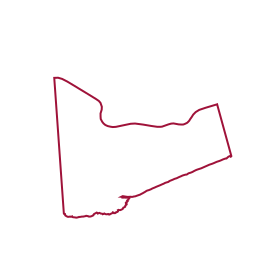 the district of Ulimang, Ngaraard, Palau, rotated 68°
{"feature_id": "81905179B13988178862867", "entity_name": "Ulimang", "entity_type": "district", "adm_level": 2, "iso_a3": "PLW", "parent_name": "Palau", "parent_adm1": "Ngaraard", "projection": "equal_earth", "projection_center": [134.641, 7.614], "detail": "fine", "context": "isolated", "style": "outline", "palette": "rose", "viewbox_px": 256, "rotation_deg": 68, "n_neighbors": 0, "source": "geoboundaries", "source_scale": "gbopen_adm2", "svg_char_len": 3428}
<svg xmlns="http://www.w3.org/2000/svg" viewBox="0 0 256 256"><g transform="rotate(68 128 128)"><path d="M180.0,41.2L139.4,36.5L139.4,36.9L138.3,48.5L137.9,55.2L138.6,59.3L140.0,62.5L141.8,65.0L143.2,67.2L144.2,68.5L145.3,71.0L145.5,73.0L145.5,75.3L144.8,77.2L143.6,79.7L140.8,84.1L140.1,86.4L139.8,89.1L139.5,95.9L139.0,97.6L137.7,100.7L134.8,105.7L130.5,112.7L126.5,119.8L125.1,123.9L124.0,129.9L122.4,138.8L121.4,141.8L120.2,143.8L118.6,146.1L116.7,147.9L114.6,149.0L112.5,149.6L109.4,149.9L107.0,149.1L104.2,148.0L101.1,145.5L98.5,144.3L94.4,144.1L92.0,144.9L89.3,146.7L79.0,154.3L62.2,166.9L57.8,170.7L55.2,174.0L53.9,177.6L183.2,219.5L183.5,219.5L183.7,219.4L183.7,219.1L183.9,218.8L184.1,218.9L184.3,218.8L184.6,218.7L184.9,218.9L185.6,218.9L186.0,218.6L186.3,218.4L186.6,218.2L186.9,217.9L187.2,217.7L187.5,217.4L187.7,217.2L187.9,216.8L188.1,216.4L188.2,216.0L188.3,215.5L188.4,214.9L188.7,214.7L188.9,214.2L189.0,213.2L189.2,213.3L189.5,213.1L189.8,212.8L190.2,212.2L190.6,211.5L191.0,210.7L191.4,210.1L191.8,209.4L191.9,208.9L192.0,208.5L192.0,208.0L192.1,207.8L192.1,207.5L192.1,206.8L192.3,206.6L192.4,205.8L192.6,205.4L192.7,204.8L192.8,204.3L192.9,203.8L193.2,203.2L193.3,202.7L193.5,202.3L193.5,201.9L193.6,201.4L193.7,200.9L193.8,200.4L193.7,199.9L193.8,199.6L194.0,199.2L194.4,198.9L194.5,198.5L194.7,198.1L194.9,198.0L195.3,197.7L195.5,197.2L195.8,196.7L196.0,196.0L196.1,195.0L196.1,194.4L196.0,193.4L195.8,193.0L195.9,192.8L195.7,192.6L195.5,192.2L195.3,192.1L195.1,191.8L195.0,191.3L194.9,190.3L194.9,189.8L194.8,189.5L194.7,188.9L194.9,188.8L195.1,188.3L195.4,188.2L195.7,187.8L195.9,187.8L195.8,187.6L195.9,187.2L196.0,186.3L197.2,185.2L197.7,184.2L198.2,183.7L198.4,183.7L198.4,182.4L198.6,182.4L198.6,181.8L198.9,181.6L199.6,180.9L200.0,180.1L200.2,179.3L200.3,178.6L200.8,178.0L201.0,178.1L201.3,177.6L201.3,177.1L201.1,176.6L201.1,175.8L201.1,175.0L201.0,174.4L200.8,174.0L200.5,173.7L200.9,173.2L201.1,173.3L201.6,173.1L201.8,172.6L202.1,171.9L202.0,171.4L201.9,170.8L201.6,170.5L201.8,169.6L201.7,168.8L201.4,168.4L201.0,168.0L200.4,168.1L200.3,167.6L200.6,167.3L201.3,165.6L201.2,165.0L201.2,164.2L201.0,163.1L200.1,162.2L200.1,160.6L199.9,160.1L199.3,159.9L199.1,159.4L198.7,159.1L198.4,157.9L197.4,157.6L197.4,158.2L196.6,158.1L196.2,157.4L196.1,156.5L195.8,155.8L194.9,155.9L194.6,154.5L194.2,154.4L193.5,152.9L192.7,152.9L192.1,155.0L191.9,155.9L191.3,157.0L190.4,159.4L189.6,159.3L189.3,159.9L189.2,158.4L190.3,156.6L191.5,154.6L192.3,152.8L192.5,151.8L193.3,150.3L193.6,149.3L193.7,148.2L194.0,147.2L194.1,146.4L194.1,145.4L194.2,143.5L194.3,141.8L194.1,140.3L194.0,138.8L193.8,137.5L193.6,136.0L193.3,134.7L193.2,133.7L193.4,132.0L193.4,129.7L193.2,128.1L193.2,125.5L193.1,123.9L193.1,122.0L193.1,119.7L193.0,117.4L193.0,115.8L192.8,114.2L192.9,112.6L193.0,111.9L193.1,110.6L192.7,109.6L192.7,108.3L192.7,105.7L192.6,103.9L192.8,101.7L192.7,100.2L192.6,98.7L192.6,97.0L192.5,95.4L192.6,93.8L192.8,92.1L193.1,91.2L193.1,90.4L192.8,89.5L192.7,88.4L192.9,86.8L192.9,84.7L192.7,83.3L192.5,81.0L192.5,79.5L192.6,77.9L192.8,75.2L192.7,72.2L192.6,69.0L192.5,66.2L192.7,63.3L192.7,61.7L192.6,58.4L192.8,55.6L192.8,53.7L192.7,51.6L192.8,49.5L192.8,49.0L193.1,48.5L193.1,47.8L192.8,47.3L192.6,46.7L192.3,45.8L192.2,45.2L192.2,44.7L192.2,44.1L192.1,43.7L192.2,43.2L192.5,43.2L192.6,43.4L192.8,43.6L193.1,43.5L193.0,43.0L192.8,42.7L180.0,41.2Z" fill="none" stroke="#9f1239" stroke-width="2"/></g></svg>